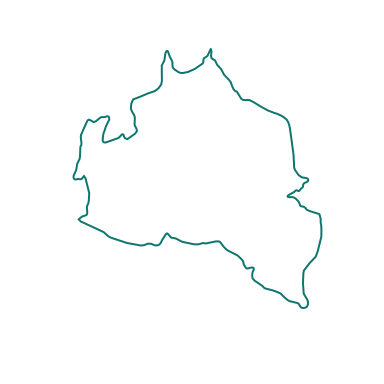 outline of Portuguesa, rotated 344°
{"feature_id": "VEN-35", "entity_name": "Portuguesa", "entity_type": "State", "adm_level": 1, "iso_a3": "VEN", "parent_name": "Venezuela", "parent_adm1": "", "projection": "robinson", "projection_center": [-69.276, 8.978], "detail": "fine", "context": "isolated", "style": "outline", "palette": "teal", "viewbox_px": 384, "rotation_deg": 344, "n_neighbors": 0, "source": "natural_earth", "source_scale": "10m", "svg_char_len": 4089}
<svg xmlns="http://www.w3.org/2000/svg" viewBox="0 0 384 384"><g transform="rotate(344 192 192)"><path d="M249.4,59.8L249.5,62.0L247.7,67.0L247.7,68.7L248.3,69.7L250.2,71.6L250.6,72.9L251.2,76.6L253.9,82.1L255.2,88.2L258.4,94.3L259.5,97.1L259.8,101.8L260.3,104.7L261.2,106.7L262.8,107.9L265.1,116.1L266.5,117.6L269.0,118.5L272.5,119.4L275.8,122.4L278.0,124.8L279.7,126.7L282.7,129.9L287.5,134.6L292.4,138.3L295.5,140.4L298.4,142.8L300.4,144.9L302.9,148.4L303.7,151.4L303.9,155.4L303.5,159.1L300.0,183.4L297.8,193.2L297.1,195.7L296.9,197.4L297.2,199.6L299.2,205.3L301.8,208.3L302.8,208.8L304.3,209.4L305.7,210.1L306.3,210.6L306.8,211.1L307.1,211.8L307.0,212.6L306.5,213.3L305.9,213.8L303.0,214.3L301.8,214.7L301.3,215.1L300.8,215.7L300.2,217.3L299.7,217.9L299.1,218.3L297.6,218.9L297.0,219.3L295.9,220.2L295.3,220.5L294.6,220.4L294.0,220.0L293.5,219.5L292.9,219.1L292.2,219.1L291.6,219.4L290.2,220.1L284.5,221.5L283.0,222.0L282.7,222.6L282.9,223.2L284.4,223.9L286.6,224.4L287.3,224.7L288.6,225.5L289.4,226.4L290.3,227.6L291.7,230.4L292.1,232.0L292.2,233.4L292.2,234.5L292.5,235.3L293.1,235.9L294.4,236.4L295.5,237.1L296.6,238.6L297.5,240.7L299.9,242.8L308.3,248.3L308.4,250.6L308.2,253.6L307.4,256.4L307.2,257.2L307.1,259.3L305.8,264.7L304.0,270.6L296.7,283.3L293.1,288.3L285.3,292.9L278.0,298.3L277.4,299.3L276.7,300.7L273.5,310.4L271.5,319.8L271.5,321.2L273.1,327.0L273.3,329.0L272.5,332.0L271.5,333.2L271.1,333.6L270.4,334.1L269.6,334.3L268.7,334.4L267.8,334.3L266.2,333.9L265.5,333.4L264.9,332.8L264.4,331.6L264.0,329.6L263.5,328.6L262.6,327.7L255.9,323.9L255.1,323.2L254.1,322.2L250.9,317.2L249.4,314.3L248.6,313.4L243.0,309.1L236.3,305.2L235.6,304.7L234.9,303.9L233.7,301.6L228.2,295.1L227.0,293.1L226.4,291.6L226.5,290.5L226.9,288.7L227.5,287.1L228.2,285.7L228.7,285.1L229.7,283.9L230.1,283.3L230.3,282.5L230.1,281.8L229.3,281.3L227.8,280.9L224.6,280.9L223.7,280.7L223.1,280.2L222.4,278.0L221.9,276.7L221.8,275.7L222.0,273.8L222.0,272.9L221.8,272.0L221.2,270.5L218.4,265.7L217.9,265.2L210.2,258.0L209.2,256.7L207.6,253.9L205.2,247.8L204.4,247.1L203.2,246.5L200.6,246.0L191.3,245.3L189.7,244.7L188.9,244.1L184.2,244.1L181.9,243.6L179.1,242.6L168.9,237.2L163.6,232.2L159.4,230.1L157.3,225.7L156.5,224.9L154.8,225.7L154.0,226.4L152.7,227.7L150.9,229.1L147.7,232.5L146.5,233.3L145.6,233.6L144.6,233.8L141.6,233.1L138.3,230.4L135.1,229.5L131.5,229.9L128.8,229.5L128.0,229.3L115.3,223.0L101.4,213.5L99.5,211.7L96.0,206.2L77.0,189.7L75.6,187.1L77.8,186.0L79.4,185.4L80.2,185.3L84.0,185.1L84.9,184.4L85.6,183.2L86.6,178.4L87.0,176.9L89.2,174.3L90.4,171.9L92.9,164.8L93.4,149.5L92.5,146.9L90.1,148.7L89.4,149.0L88.6,149.1L87.9,148.9L86.6,148.2L85.8,148.0L84.1,148.0L83.4,147.8L82.7,147.4L82.3,146.8L82.1,146.0L82.3,144.7L83.0,143.3L86.7,139.0L89.5,133.2L92.0,130.4L92.7,129.8L94.1,127.1L97.2,117.7L98.6,116.3L99.3,114.1L100.1,109.1L100.6,107.6L101.0,106.6L110.2,95.6L111.5,94.4L112.6,94.0L113.3,94.4L114.4,95.3L115.5,96.4L115.9,96.9L116.6,97.6L117.6,97.7L119.0,97.5L123.7,95.5L125.0,95.1L125.8,95.1L127.4,95.6L128.3,95.8L129.4,95.9L130.9,95.8L131.9,96.0L132.6,96.5L132.8,97.3L132.8,98.2L132.6,99.0L132.2,99.8L127.2,105.4L124.6,109.3L123.6,110.5L122.4,112.5L120.5,117.2L120.3,118.2L120.5,119.1L121.2,120.2L122.4,120.5L123.5,120.6L136.2,119.8L138.3,118.7L139.7,117.8L140.6,117.3L141.3,117.4L141.8,118.0L142.0,118.9L142.0,119.9L142.3,121.7L144.4,123.4L153.5,120.2L155.8,118.3L156.0,117.3L156.0,116.2L156.0,115.2L155.8,114.3L155.5,113.5L155.4,112.4L155.5,110.9L157.4,105.3L157.6,104.5L157.6,102.5L157.4,101.5L156.7,99.1L156.4,97.1L156.2,95.0L157.8,90.9L159.2,88.8L161.0,86.8L165.3,86.4L169.6,86.0L176.8,85.1L184.3,84.7L188.3,83.1L191.9,80.3L193.7,77.0L194.5,73.9L197.8,62.1L201.6,58.1L204.5,51.7L205.4,50.4L206.3,49.6L207.2,49.6L207.6,50.2L208.0,56.2L208.8,59.8L208.9,61.7L208.8,62.6L208.3,64.3L207.9,66.2L207.9,67.2L208.4,68.5L209.5,70.0L211.8,72.8L213.2,73.9L214.3,74.6L215.9,75.1L221.4,75.5L228.5,74.5L236.9,71.7L237.6,71.3L238.2,70.9L238.6,70.2L239.0,69.5L239.2,68.6L239.6,67.6L240.3,66.8L244.0,65.6L244.6,65.2L249.3,59.8L249.4,59.8Z" fill="none" stroke="#0f766e" stroke-width="2"/></g></svg>